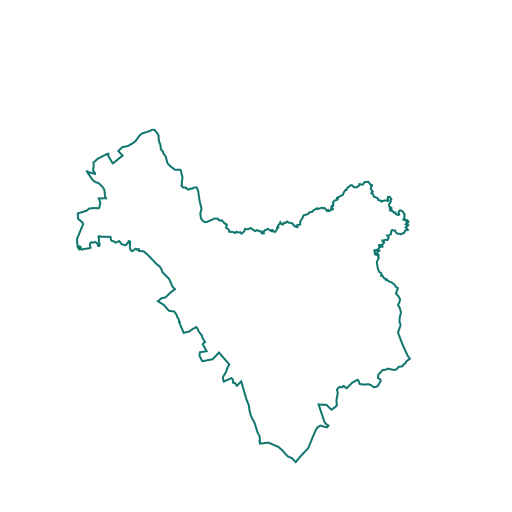 the district of Baranoa, Atlántico, Colombia, rotated 133°
{"feature_id": "7082276B40558284352114", "entity_name": "Baranoa", "entity_type": "district", "adm_level": 2, "iso_a3": "COL", "parent_name": "Colombia", "parent_adm1": "Atlántico", "projection": "robinson", "projection_center": [-74.921, 10.782], "detail": "fine", "context": "isolated", "style": "outline", "palette": "teal", "viewbox_px": 512, "rotation_deg": 133, "n_neighbors": 0, "source": "geoboundaries", "source_scale": "gbopen_adm2", "svg_char_len": 6115}
<svg xmlns="http://www.w3.org/2000/svg" viewBox="0 0 512 512"><g transform="rotate(133 256 256)"><path d="M230.8,74.2L226.2,73.4L225.5,77.1L220.8,88.5L215.2,99.9L208.4,102.9L207.2,104.0L206.6,105.9L203.3,108.7L198.3,111.6L196.0,115.3L195.0,118.7L192.0,119.6L189.3,121.2L188.3,124.4L188.0,128.0L182.7,130.4L183.3,132.5L182.5,134.7L182.7,138.2L184.1,142.2L184.1,144.8L184.9,144.9L184.4,145.8L184.9,147.0L184.2,150.1L185.1,151.1L183.8,151.6L183.2,152.5L183.6,155.1L182.2,158.2L178.1,163.5L173.3,165.2L173.2,166.2L171.7,166.9L171.5,168.9L172.7,168.1L173.6,170.1L173.3,170.4L172.3,169.6L172.2,171.8L171.5,173.2L170.8,173.2L169.8,172.1L168.8,171.8L168.5,171.1L169.6,170.3L169.4,169.6L168.0,169.3L167.4,171.2L165.9,171.7L164.4,171.0L164.5,173.0L164.1,173.5L162.8,172.1L163.4,171.9L163.6,170.7L162.9,169.9L162.5,170.5L163.0,170.9L162.2,171.5L158.9,171.3L158.2,173.6L158.8,173.8L158.4,174.2L157.2,172.9L155.7,172.3L154.6,170.8L152.2,171.3L151.6,173.9L150.8,172.9L147.8,172.3L145.4,174.2L144.1,174.1L143.4,172.4L142.5,171.7L143.3,169.8L143.3,168.1L140.9,164.5L139.6,164.4L138.1,163.4L135.7,164.3L133.4,162.7L133.0,164.3L133.2,166.0L129.6,165.7L129.7,166.3L130.6,166.3L130.8,168.2L129.1,168.4L127.8,167.6L126.9,167.9L126.7,169.8L127.9,169.9L128.2,171.0L127.5,171.8L128.8,172.9L125.9,174.2L125.3,175.1L124.1,175.7L123.5,179.3L124.2,181.7L125.2,182.0L127.1,181.4L127.9,179.7L128.9,179.7L130.0,182.2L129.2,184.0L130.4,184.8L129.8,186.6L131.1,188.4L131.0,189.6L130.1,190.3L129.3,189.0L128.4,189.9L129.0,192.3L127.2,194.1L124.5,194.4L123.5,195.6L122.2,195.7L121.5,198.7L123.0,199.7L123.9,199.1L125.2,197.0L125.9,197.0L126.1,198.1L128.0,200.1L129.4,200.6L129.8,201.4L130.7,201.5L130.6,202.9L131.6,204.6L130.9,206.3L131.0,207.3L132.2,210.3L131.0,212.5L131.5,214.4L129.2,214.5L128.9,217.6L126.5,219.3L125.5,219.1L125.0,219.5L125.7,220.9L125.1,224.4L127.8,227.0L131.2,226.6L132.8,229.4L134.2,228.7L137.1,229.1L138.8,231.5L138.8,234.0L139.6,235.0L144.3,235.6L146.2,234.9L146.8,235.6L149.7,235.2L151.9,234.2L158.1,236.3L158.3,235.3L159.1,235.8L159.9,235.1L161.4,236.1L163.4,236.5L164.7,235.9L165.2,234.8L166.0,234.7L166.6,233.7L167.5,233.9L168.0,234.7L168.7,234.5L168.8,233.7L170.1,233.3L169.9,232.6L169.1,232.3L169.2,231.8L169.8,231.6L170.8,232.7L172.8,232.8L173.5,233.6L173.2,234.6L174.6,234.7L174.1,238.9L175.2,239.2L175.8,240.8L179.6,242.9L179.4,243.8L180.0,244.2L183.9,245.2L185.3,244.9L187.6,246.7L189.7,246.5L193.8,248.9L196.8,247.8L200.4,247.3L202.9,245.1L205.4,246.9L206.6,245.4L207.8,247.5L207.4,248.3L208.1,249.5L207.5,250.4L207.4,251.7L209.2,254.8L209.6,256.9L211.5,256.9L212.8,258.3L214.8,257.8L215.3,259.4L214.8,261.2L216.5,260.6L219.0,260.6L219.9,259.1L220.8,260.0L222.0,258.9L225.3,258.4L226.2,260.0L225.7,261.7L226.2,262.1L227.0,261.2L227.4,261.8L228.0,265.7L231.6,267.3L233.9,266.4L234.1,265.8L235.3,266.7L235.3,267.9L234.3,268.3L234.3,269.0L235.6,270.4L236.4,273.0L238.5,273.6L239.1,278.8L241.9,280.2L243.9,282.5L246.1,281.4L249.6,281.9L249.4,283.9L251.1,285.0L251.5,286.8L253.5,287.0L253.9,288.8L256.5,292.1L255.4,293.5L255.6,297.2L254.8,298.0L253.3,298.3L252.8,299.1L253.8,301.3L253.2,302.8L253.5,304.4L253.1,305.0L255.1,307.1L254.7,309.2L256.9,311.9L265.0,315.3L265.9,316.3L266.6,318.8L265.9,322.1L262.9,325.7L258.6,328.1L253.8,335.3L248.0,342.5L246.6,345.3L246.4,346.5L248.9,348.3L250.4,348.7L252.0,350.3L253.5,350.5L254.0,352.1L253.8,354.1L255.5,355.7L255.5,358.5L254.3,358.8L253.4,360.0L248.8,363.2L244.5,369.7L244.5,370.2L248.2,374.1L248.8,379.9L248.4,384.3L244.7,390.1L244.1,393.8L243.2,395.0L242.9,398.3L240.1,401.4L238.0,405.6L234.3,409.5L233.5,412.1L233.0,416.4L234.8,418.2L236.9,418.8L244.3,423.0L247.5,423.3L253.8,422.5L257.5,423.0L263.1,424.8L267.5,428.0L273.1,428.3L273.6,422.1L285.3,423.7L286.0,424.0L283.6,432.2L281.9,433.8L282.7,434.4L292.8,438.1L298.7,438.6L300.6,436.3L304.3,433.8L304.9,432.6L305.2,430.2L305.8,429.8L308.8,435.4L309.3,438.2L311.8,427.6L311.5,424.0L310.0,420.6L310.2,414.3L311.5,411.4L315.1,407.4L316.1,405.1L321.1,410.3L323.0,406.3L327.6,403.6L328.4,403.6L331.5,407.3L335.1,410.4L338.4,410.8L346.5,415.4L350.1,411.4L349.8,405.8L350.5,404.2L366.1,398.3L371.1,392.5L371.9,388.8L370.9,391.0L369.7,391.8L369.2,391.6L369.1,390.4L370.1,388.6L370.1,387.6L368.1,386.6L363.6,382.8L362.8,382.6L361.4,384.9L359.8,386.0L358.3,385.8L357.1,384.0L355.6,383.5L355.1,382.0L355.5,379.6L356.3,378.3L355.6,377.5L354.0,378.3L352.9,380.6L351.1,381.9L349.3,384.4L348.5,384.3L347.1,381.8L341.2,375.5L343.2,373.0L343.3,371.9L342.2,370.0L342.0,367.8L338.3,366.1L339.0,362.5L337.8,359.6L336.4,358.5L334.6,358.9L333.1,358.2L332.2,359.3L331.5,359.1L331.4,357.7L335.3,354.6L336.7,352.7L337.2,350.8L337.0,350.0L335.9,349.5L332.7,349.0L332.3,348.1L332.5,347.1L330.9,346.3L332.1,345.0L329.2,341.4L329.0,335.0L329.7,323.0L329.3,319.5L330.1,316.4L331.7,312.9L332.0,303.9L335.4,296.0L335.6,292.6L339.9,293.5L348.1,294.0L351.2,296.3L356.0,296.9L354.6,290.0L355.5,282.5L352.4,277.9L353.1,274.0L354.3,272.4L354.4,271.1L356.3,266.8L356.8,267.1L361.5,256.5L356.3,253.1L354.0,252.9L348.7,251.2L348.7,250.2L350.4,246.0L351.1,241.0L352.1,240.1L353.7,234.5L354.7,235.0L356.8,234.8L359.3,227.2L364.7,231.4L367.5,229.3L369.6,223.5L361.1,217.3L351.9,217.3L353.5,201.6L357.5,200.6L361.0,198.9L367.3,197.6L369.5,194.6L369.8,193.9L362.2,190.8L362.1,188.8L364.3,186.3L363.3,185.0L363.9,181.5L357.8,181.3L367.5,165.0L369.9,159.7L374.0,154.6L376.6,150.2L379.1,143.0L384.0,134.6L385.3,130.7L387.3,128.2L389.2,126.5L389.4,126.8L390.5,125.1L384.0,119.6L380.3,109.2L380.2,104.6L380.9,96.3L379.3,91.5L379.7,86.4L370.7,86.9L361.2,86.7L343.8,93.2L339.3,94.2L336.0,93.2L334.5,89.9L332.7,87.1L330.6,87.4L331.1,90.8L330.6,92.9L321.9,108.9L316.8,102.9L317.0,96.2L316.5,95.7L314.4,95.6L313.0,95.0L310.0,95.0L306.9,98.6L300.3,102.9L298.5,105.7L295.1,105.8L293.0,103.3L291.7,103.6L291.2,103.0L291.1,99.8L290.7,99.5L283.0,99.2L277.3,97.4L277.2,96.2L278.9,92.9L276.7,89.6L273.0,86.2L272.0,83.9L271.7,80.6L269.5,78.7L267.4,78.3L262.2,79.7L261.5,81.3L262.1,83.6L259.9,85.2L258.7,85.6L253.1,85.6L250.4,83.4L248.4,82.7L245.5,77.7L243.5,76.0L239.9,76.1L236.7,73.7L235.9,74.1L232.3,73.6L230.8,74.2Z" fill="none" stroke="#0f766e" stroke-width="2"/></g></svg>